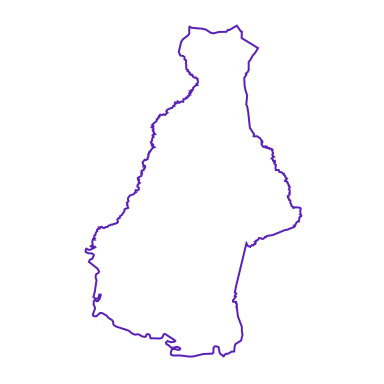 Phra Yuen, Khon Kaen, Thailand, rotated 88°
{"feature_id": "78962969B90027256555500", "entity_name": "Phra Yuen", "entity_type": "district", "adm_level": 2, "iso_a3": "THA", "parent_name": "Thailand", "parent_adm1": "Khon Kaen", "projection": "natural_earth1", "projection_center": [102.644, 16.31], "detail": "fine", "context": "isolated", "style": "outline", "palette": "violet", "viewbox_px": 384, "rotation_deg": 88, "n_neighbors": 0, "source": "geoboundaries", "source_scale": "gbopen_adm2", "svg_char_len": 6027}
<svg xmlns="http://www.w3.org/2000/svg" viewBox="0 0 384 384"><g transform="rotate(88 192 192)"><path d="M27.3,141.4L31.4,149.0L31.2,150.3L33.1,152.0L33.0,159.7L34.2,164.7L33.6,167.6L30.4,172.1L29.9,173.3L29.2,175.9L27.9,186.5L26.7,188.7L27.1,189.0L33.8,189.2L35.8,191.1L39.0,195.7L41.7,197.6L51.5,200.3L55.1,199.0L55.9,195.9L56.8,194.8L59.4,194.8L59.9,193.6L60.5,193.2L63.6,193.7L65.1,193.2L66.7,193.5L69.2,193.2L70.0,191.7L71.1,192.2L72.5,190.0L73.9,190.4L74.3,189.4L75.1,188.8L74.7,188.1L75.0,187.5L77.1,186.8L77.8,185.3L77.7,184.1L78.4,183.8L78.9,182.8L79.1,183.0L79.5,182.5L82.3,182.2L83.4,182.6L84.1,183.7L85.3,182.9L85.4,184.2L87.8,187.2L89.4,187.3L89.9,188.6L90.4,188.2L91.2,188.8L91.2,189.9L91.9,189.1L93.1,189.9L92.6,190.7L92.8,191.2L93.8,191.4L94.6,190.8L94.6,191.3L95.8,191.8L95.7,192.3L96.5,192.6L96.5,193.2L97.6,193.3L97.6,194.8L98.4,194.8L99.0,196.4L98.9,197.2L101.5,197.6L101.2,199.7L102.4,201.6L101.8,201.8L101.2,202.8L101.8,202.7L102.7,204.2L101.8,204.8L101.9,205.5L102.7,205.2L102.8,206.0L103.4,205.7L104.7,206.7L105.4,206.6L105.4,207.7L107.2,208.8L107.5,209.3L107.3,210.0L109.0,213.9L110.4,214.8L111.9,213.7L112.5,215.0L113.2,215.2L114.1,216.4L113.3,217.6L114.0,218.8L113.6,221.2L114.8,222.2L115.3,221.7L115.7,221.9L115.7,222.4L116.5,222.7L116.6,223.4L118.0,223.8L118.2,224.8L119.7,224.8L123.2,229.2L123.8,228.8L124.3,229.3L124.5,228.5L125.2,228.2L125.8,228.6L125.7,229.3L126.1,229.8L126.6,228.6L127.2,228.4L128.5,228.3L128.9,229.1L129.4,229.1L131.0,227.9L132.1,228.2L132.1,227.6L132.9,226.8L134.0,229.4L135.7,228.5L136.1,229.5L140.1,230.5L140.6,231.4L143.0,230.6L142.7,229.8L143.3,229.3L143.9,230.4L145.2,229.9L145.0,229.2L145.9,228.0L146.4,229.4L148.4,231.4L149.6,232.0L150.1,233.1L150.9,232.9L151.5,233.8L152.3,233.6L153.0,234.5L154.9,234.2L156.3,235.3L157.5,235.1L158.5,237.2L158.1,238.2L160.8,240.4L163.6,239.6L163.9,238.9L164.7,239.4L164.6,238.1L165.6,238.0L166.4,238.3L166.8,239.0L168.6,239.6L168.7,241.1L169.9,241.9L170.6,241.4L171.7,242.1L172.3,241.3L173.2,241.9L174.0,241.9L176.0,245.7L177.8,245.5L177.8,244.4L180.2,245.0L181.1,243.8L182.7,246.0L184.8,246.4L185.6,245.1L187.5,245.0L188.6,246.6L188.2,248.2L189.9,248.6L190.4,248.1L191.2,249.7L192.2,250.4L193.3,254.2L195.6,256.0L196.7,256.3L199.0,255.8L200.4,257.5L201.7,256.9L202.6,257.5L203.4,256.9L205.7,256.4L206.5,259.2L207.2,260.2L208.9,260.2L212.8,263.2L213.7,264.8L215.7,265.3L215.6,266.3L216.2,267.2L217.2,267.6L219.0,267.0L220.2,267.6L220.4,268.8L220.9,269.2L221.3,271.8L221.8,272.4L221.8,274.3L222.4,274.9L222.5,276.2L224.0,277.9L224.0,279.6L224.9,280.8L224.6,282.7L223.9,283.1L223.6,283.9L223.8,284.6L224.8,285.1L224.2,286.5L225.7,286.5L225.7,287.2L226.4,288.2L227.8,288.0L228.2,288.7L230.1,289.8L231.8,290.1L232.0,291.1L234.3,291.5L234.9,290.8L235.3,291.9L236.1,291.3L235.9,292.8L238.2,293.4L241.6,293.1L242.6,295.0L243.3,294.3L243.2,291.1L243.8,290.6L246.1,295.5L246.2,297.4L244.9,299.5L245.9,300.2L248.2,300.4L249.6,297.8L249.9,294.1L251.1,292.5L252.1,292.3L253.7,293.4L255.2,293.8L256.1,296.4L258.2,297.5L265.5,288.9L268.2,287.7L269.5,288.2L270.7,290.4L271.5,291.0L274.4,291.3L276.8,290.5L288.1,292.6L293.5,294.2L294.8,292.8L295.4,290.5L294.5,289.2L291.4,288.3L291.2,287.0L292.3,286.8L295.5,288.1L297.7,289.8L297.8,291.0L296.5,292.9L297.6,294.0L301.2,294.2L303.8,293.1L305.2,293.0L311.1,295.4L312.1,295.2L312.7,294.2L312.9,292.0L309.6,288.0L310.0,285.8L312.7,281.5L314.9,279.9L317.1,276.5L318.6,275.5L321.8,275.1L322.6,274.4L323.9,272.4L328.3,260.2L331.2,256.9L332.6,253.9L332.3,251.4L332.6,249.8L334.5,247.1L335.1,244.6L334.9,243.1L333.0,242.6L332.4,240.9L333.3,239.4L336.7,238.5L337.3,229.1L336.7,227.1L333.3,225.2L332.9,224.5L333.2,223.5L339.4,214.6L340.2,213.9L341.0,214.7L341.4,218.5L340.1,221.7L341.5,223.3L343.0,222.9L344.3,220.8L346.4,218.7L347.1,216.3L346.2,212.6L347.1,210.1L347.9,209.3L348.8,209.4L349.4,210.9L348.2,215.3L348.6,217.6L351.1,218.7L353.1,218.8L354.2,218.3L354.8,216.0L354.9,209.8L356.4,200.3L356.4,196.5L354.3,186.2L354.2,177.1L353.0,176.2L348.4,175.9L347.3,175.0L346.9,173.6L347.9,170.9L353.6,170.0L355.3,168.9L356.3,166.9L357.3,166.5L357.0,165.7L355.6,164.7L354.8,163.5L355.0,162.0L352.9,157.8L352.9,155.4L347.5,154.7L345.5,153.9L342.1,148.1L336.4,146.5L333.1,147.0L328.5,146.9L317.7,150.5L308.7,151.2L308.4,151.7L306.5,151.0L304.9,151.4L304.8,151.9L303.5,151.8L303.0,154.8L301.8,154.9L298.2,151.9L297.5,153.0L295.1,151.3L294.1,152.7L287.9,151.3L245.2,139.4L247.9,137.9L248.9,135.7L247.1,134.0L247.5,132.6L245.8,131.3L246.1,130.5L244.1,130.0L243.8,130.5L243.5,129.8L242.8,129.7L242.5,128.4L241.5,127.1L240.4,126.8L240.6,124.6L241.4,123.4L241.4,122.8L240.3,121.0L239.6,120.8L239.4,119.2L238.5,118.7L237.9,113.0L233.1,99.9L233.2,98.8L230.5,91.1L229.9,90.5L229.2,91.0L229.2,90.2L226.1,88.6L225.1,87.4L225.2,86.2L221.0,85.5L220.0,83.7L219.2,83.6L218.3,84.7L218.0,84.2L214.9,84.5L212.2,83.9L211.7,84.4L211.1,86.7L211.0,89.5L211.4,90.9L210.7,90.7L210.5,91.8L209.0,93.3L208.2,93.1L206.1,94.2L204.8,93.9L203.7,94.3L203.2,95.4L201.4,95.6L201.0,96.3L199.4,96.4L199.0,95.3L197.5,94.4L196.5,94.9L196.1,94.3L193.4,94.4L192.7,95.0L190.6,94.1L189.7,95.1L188.7,94.8L187.5,95.7L186.7,95.7L186.0,96.5L185.1,96.4L184.1,98.7L183.5,98.4L182.0,96.6L180.2,98.3L178.6,98.6L177.9,99.8L176.9,99.6L176.5,100.8L175.4,101.7L175.1,104.0L173.6,104.2L173.0,104.8L173.0,107.5L170.7,107.7L167.9,107.2L167.3,108.2L165.7,108.9L165.2,108.8L165.1,108.0L163.7,108.1L163.7,109.8L161.4,110.3L161.3,111.1L159.7,110.0L159.6,109.0L157.6,110.5L156.2,109.6L153.7,110.3L152.8,110.1L152.8,110.7L151.7,110.9L151.4,112.4L151.6,113.0L150.7,113.3L150.7,115.4L149.2,115.7L149.0,116.9L149.9,117.3L149.1,118.3L149.4,118.9L149.2,119.5L146.5,120.9L145.5,120.4L144.9,120.8L144.7,119.9L143.3,120.1L142.9,120.8L140.7,122.0L138.5,125.1L138.6,128.1L138.3,128.5L136.3,128.0L130.0,131.9L114.8,133.0L109.2,133.7L106.3,134.7L97.5,133.5L91.7,135.1L87.4,135.7L79.9,135.8L76.5,133.5L75.5,134.0L74.1,132.2L72.2,131.1L64.0,130.8L61.7,128.8L57.9,126.7L55.3,124.2L50.5,121.0L39.9,137.0L33.6,136.6L33.3,137.5L27.3,141.4Z" fill="none" stroke="#5b21b6" stroke-width="2"/></g></svg>